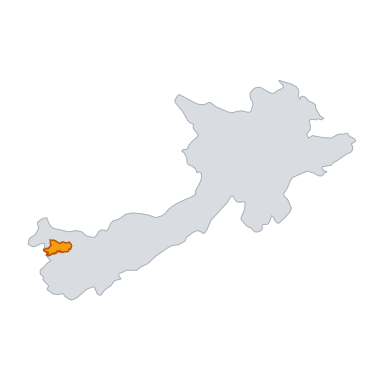 Pathoomphone, Champasak, Laos (highlighted), rotated 96°
{"feature_id": "54806243B32788033784925", "entity_name": "Pathoomphone", "entity_type": "district", "adm_level": 2, "iso_a3": "LAO", "parent_name": "Laos", "parent_adm1": "Champasak", "projection": "robinson", "projection_center": [106.187, 14.724], "detail": "fine", "context": "in_parent", "style": "filled", "palette": "amber", "viewbox_px": 384, "rotation_deg": 96, "n_neighbors": 0, "source": "geoboundaries", "source_scale": "gbopen_adm2", "svg_char_len": 7221}
<svg xmlns="http://www.w3.org/2000/svg" viewBox="0 0 384 384"><g transform="rotate(96 192 192)"><path d="M136.4,39.0L138.2,42.5L146.4,51.9L147.8,54.4L150.8,56.4L153.2,64.8L154.3,65.3L155.7,64.7L156.7,63.6L157.6,60.3L158.1,60.0L159.1,62.6L161.4,63.4L162.4,64.6L162.7,66.6L162.3,68.7L160.3,73.4L159.2,79.8L167.1,93.6L170.5,95.4L178.5,97.7L184.0,100.7L186.5,100.0L188.9,96.6L191.8,94.7L197.2,91.7L198.8,91.6L201.8,92.7L206.7,96.1L214.1,102.5L213.8,104.2L212.5,105.9L208.5,108.5L207.2,110.1L208.0,110.7L211.3,111.1L215.2,112.5L216.4,114.2L217.0,118.0L217.7,118.7L221.4,118.3L222.5,118.8L223.8,120.1L225.1,123.2L225.0,125.6L221.4,129.8L221.0,132.3L219.1,135.3L214.1,140.3L212.8,140.6L203.7,137.8L196.5,138.2L195.9,139.2L197.1,142.3L197.4,145.3L196.3,147.5L192.1,150.5L191.9,151.8L192.8,153.1L198.8,155.8L218.2,170.2L227.0,172.9L230.9,174.7L231.9,175.8L231.9,177.0L230.8,178.6L230.0,181.4L229.9,183.1L230.9,184.8L232.4,187.2L237.8,192.7L241.8,194.0L246.0,200.2L247.2,205.7L249.2,209.3L259.3,221.1L267.7,228.4L272.7,236.2L275.2,238.0L275.9,240.8L276.6,249.1L279.5,253.3L280.1,254.9L281.4,256.2L282.8,256.4L285.7,253.7L286.3,254.1L287.7,258.5L288.9,260.1L293.3,262.7L298.1,268.0L300.6,269.9L303.8,271.4L304.3,273.1L303.7,274.8L302.7,275.9L297.2,278.9L296.4,280.3L300.1,287.0L309.2,295.3L312.1,300.3L311.5,302.7L309.0,307.6L307.1,308.9L306.6,310.4L308.0,314.4L307.8,320.5L306.1,322.0L304.5,325.7L303.4,326.0L300.6,324.6L294.7,331.1L292.1,330.8L289.2,334.4L285.4,334.8L282.8,332.2L277.2,327.8L275.2,325.2L273.4,327.5L270.5,329.7L266.3,328.9L265.2,332.1L264.4,332.7L259.3,333.3L258.4,333.8L259.2,336.7L262.2,341.7L263.1,344.6L261.2,349.3L256.0,349.1L253.7,347.2L250.7,343.3L244.0,340.6L239.6,342.4L238.2,342.4L234.9,339.0L233.6,336.9L232.9,333.7L238.0,331.1L240.5,329.1L242.2,326.9L242.9,324.7L243.8,315.4L244.5,312.2L244.1,308.2L242.7,305.0L242.7,300.3L243.5,296.5L245.4,294.5L246.8,291.8L247.6,285.6L247.0,284.0L245.1,282.5L241.8,281.1L239.8,279.2L239.0,277.1L239.1,275.1L240.1,273.5L237.7,271.6L231.8,269.6L228.6,267.1L227.9,264.3L225.5,260.5L221.3,255.9L219.1,249.3L218.9,240.6L219.4,233.5L221.3,225.3L218.8,219.4L216.2,216.3L212.4,214.0L208.9,210.7L205.5,206.4L201.5,200.1L196.8,191.7L193.7,187.9L192.1,188.8L188.7,188.0L183.5,185.6L179.0,184.3L175.1,184.1L172.6,184.7L171.4,185.9L171.3,187.2L172.3,188.5L171.8,189.4L169.7,190.1L168.1,191.5L166.3,194.6L165.0,198.6L163.0,200.1L160.1,200.5L157.2,201.6L154.3,203.6L152.9,205.1L153.1,206.1L152.4,206.3L151.1,205.8L150.4,204.4L150.5,202.3L149.0,200.9L146.0,200.2L142.6,198.0L136.2,192.2L134.7,191.9L132.5,193.4L129.7,196.6L127.4,197.9L125.6,197.3L124.2,198.4L123.2,201.4L121.4,203.7L112.6,210.0L104.7,218.0L102.7,218.7L97.9,216.5L96.4,214.9L103.1,198.4L104.1,194.4L103.9,189.1L101.2,184.7L101.1,183.4L101.5,182.1L104.9,177.0L108.8,163.8L108.7,159.7L107.0,155.2L106.1,150.9L106.9,145.1L106.6,142.8L104.8,141.7L98.8,140.5L95.4,141.5L93.7,143.1L91.7,144.1L87.9,144.6L84.4,142.7L81.4,139.3L80.7,135.2L84.5,126.4L85.5,123.0L85.4,121.4L84.7,119.7L83.9,119.5L82.0,117.4L80.1,113.8L78.4,112.1L76.8,112.4L75.2,113.8L72.7,117.3L71.9,116.8L74.2,104.7L76.3,99.5L78.8,97.1L81.4,96.1L84.1,96.4L86.4,96.0L88.3,94.7L88.1,94.0L85.9,93.8L85.1,92.4L85.6,89.9L86.5,88.2L88.0,87.4L89.5,84.8L90.9,80.4L92.7,78.1L94.7,78.1L98.1,76.2L103.0,72.4L104.9,68.8L106.7,70.4L106.0,74.6L106.9,75.5L107.4,77.0L107.1,79.4L107.5,81.4L108.2,82.3L109.3,82.8L114.4,81.1L117.6,81.0L122.7,84.1L125.8,81.8L125.8,80.9L123.3,78.0L124.2,67.4L123.9,59.3L119.7,53.3L118.9,50.9L118.5,46.9L117.3,43.6L120.3,40.9L122.0,35.9L124.2,34.7L124.8,34.9L127.4,38.6L130.7,36.8L133.2,36.8L135.3,37.8L136.4,39.0Z" fill="#d9dde1" stroke="#a8b0b8" stroke-width="1"/><path d="M254.8,308.7L254.9,308.9L254.9,309.0L254.9,309.3L255.1,309.8L255.2,310.0L255.6,310.9L255.7,311.5L255.8,311.9L255.8,312.1L255.7,312.7L255.7,312.9L255.6,313.1L255.4,313.8L255.4,314.0L255.2,314.4L255.2,314.7L255.2,315.1L255.3,315.6L255.3,315.9L255.4,316.1L255.5,316.3L255.7,316.6L256.0,316.8L256.3,316.9L256.4,317.1L256.5,317.1L256.6,317.3L256.8,317.7L256.9,317.8L257.0,318.3L256.9,318.6L256.7,319.1L256.3,319.9L255.9,320.7L255.8,320.8L255.5,321.2L255.3,321.6L255.1,321.9L254.8,322.6L254.7,323.1L254.6,323.5L254.3,324.8L254.6,326.4L254.6,326.6L254.7,327.1L254.7,327.8L254.8,327.7L255.1,327.7L255.3,327.7L255.5,327.6L255.8,327.7L256.1,327.6L256.3,327.7L256.5,327.7L256.9,327.6L257.2,327.6L257.3,327.6L257.5,327.6L258.3,327.5L258.5,327.4L258.9,327.2L259.1,327.0L259.2,326.8L259.3,326.6L259.5,326.5L259.8,326.5L260.1,326.6L260.3,326.9L260.5,327.0L261.0,327.5L261.4,327.9L261.7,328.1L262.2,328.5L262.9,328.7L262.9,328.8L263.1,328.9L263.2,329.2L263.3,329.4L263.3,329.6L263.2,330.0L263.1,330.3L263.1,330.5L263.1,330.8L263.6,331.1L263.8,331.2L264.0,331.4L264.1,331.7L264.1,331.8L264.1,332.0L264.2,332.4L264.3,332.4L264.3,332.6L264.3,332.8L264.4,333.1L264.4,333.4L264.4,333.5L264.5,333.5L265.0,333.5L265.5,333.0L265.5,332.9L265.9,333.0L266.0,333.0L266.1,332.9L266.3,332.7L266.3,332.4L266.4,332.1L266.5,331.9L266.7,331.7L266.7,331.4L266.7,331.2L266.7,330.9L266.7,330.7L266.9,330.6L266.9,330.3L267.0,330.3L267.1,330.2L267.1,329.9L266.9,329.7L266.8,329.4L267.0,329.1L267.1,328.6L267.4,328.5L267.5,328.7L267.5,328.8L267.6,329.0L267.7,328.9L267.8,328.8L268.0,329.1L268.3,329.1L268.5,329.2L268.5,329.3L268.5,329.6L268.6,329.8L268.8,329.8L269.0,329.9L269.1,330.1L269.3,330.2L269.5,330.1L269.8,330.2L269.8,329.9L269.7,329.9L269.4,329.8L269.3,329.7L269.6,329.3L269.8,329.3L270.0,329.3L270.4,329.1L270.5,329.1L270.5,328.9L270.4,328.6L270.2,328.5L269.9,328.7L269.7,328.8L269.6,328.7L269.6,328.3L269.6,328.0L269.6,327.8L269.7,327.7L269.8,327.7L269.9,327.8L270.1,327.9L270.3,327.6L270.2,327.4L269.9,327.4L269.8,327.1L269.7,327.0L269.5,326.9L269.5,326.7L269.4,326.6L269.3,326.4L269.3,326.1L269.4,325.9L269.2,325.8L269.2,325.7L268.9,325.4L268.6,325.2L268.4,324.9L268.2,324.6L267.9,324.5L267.9,324.4L268.0,324.3L267.9,324.0L267.9,323.7L267.9,323.3L267.9,323.2L267.7,323.2L267.8,323.1L268.0,322.9L268.0,322.6L267.9,322.6L267.9,322.4L267.7,322.3L267.7,322.2L267.4,322.0L267.4,321.8L267.4,321.7L267.2,321.6L267.1,321.4L267.2,321.2L267.3,321.1L267.3,320.9L267.2,320.9L266.9,320.9L266.9,321.0L266.7,321.0L266.5,320.9L266.4,320.9L266.3,320.7L266.2,320.6L265.8,320.4L265.8,320.5L265.7,320.5L265.6,320.4L265.6,320.2L265.5,319.9L265.4,319.9L265.4,319.6L265.2,319.6L265.3,319.5L265.2,319.5L265.2,319.4L265.2,319.2L264.9,319.2L264.9,319.3L264.7,319.3L264.7,319.2L264.8,319.1L264.9,318.9L264.7,318.8L264.7,318.7L264.7,318.4L264.6,318.2L264.7,317.9L264.8,317.8L264.7,317.7L264.8,317.7L264.9,317.8L264.9,317.7L265.0,317.7L265.2,317.4L264.9,317.3L264.9,317.1L264.7,317.1L264.6,316.9L264.8,316.9L265.0,316.7L264.9,316.7L264.9,316.4L264.8,316.2L265.0,315.8L265.0,315.7L265.3,315.4L265.3,315.2L265.5,314.9L265.5,314.7L265.7,314.4L265.6,314.1L265.2,313.5L264.9,312.9L264.8,312.4L264.6,311.3L264.5,311.0L264.5,310.2L264.5,309.7L264.3,309.3L264.0,309.0L263.8,308.8L263.5,308.6L263.4,308.5L262.6,308.5L262.2,308.4L261.7,308.4L261.6,308.0L261.6,306.7L261.3,306.7L260.9,306.8L260.7,306.8L260.4,306.7L258.9,306.1L258.5,306.1L258.4,306.1L258.0,306.2L257.8,306.2L256.8,306.8L256.4,307.1L256.1,307.4L255.8,307.6L255.4,307.9L255.2,308.2L255.0,308.6L254.8,308.7Z" fill="#f59e0b" stroke="#b45309" stroke-width="1.5"/></g></svg>